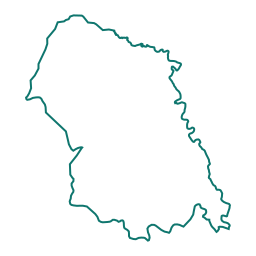 the district of Centurión, Cerro Largo, Uruguay
{"feature_id": "84410073B80643779971885", "entity_name": "Centurión", "entity_type": "district", "adm_level": 2, "iso_a3": "URY", "parent_name": "Uruguay", "parent_adm1": "Cerro Largo", "projection": "orthographic", "projection_center": [-53.755, -32.187], "detail": "fine", "context": "isolated", "style": "outline", "palette": "teal", "viewbox_px": 256, "rotation_deg": 0, "n_neighbors": 0, "source": "geoboundaries", "source_scale": "gbopen_adm2", "svg_char_len": 5849}
<svg xmlns="http://www.w3.org/2000/svg" viewBox="0 0 256 256"><path d="M228.7,229.0L228.9,227.5L229.0,227.0L229.6,226.0L229.7,225.6L229.6,225.1L229.3,224.6L227.8,223.2L225.8,222.5L224.1,222.2L222.4,221.1L221.7,220.2L221.4,219.2L221.4,218.5L221.6,216.3L221.7,216.0L222.4,215.6L223.1,215.5L223.7,215.6L226.2,216.3L226.7,216.3L227.1,216.0L227.4,214.4L229.4,208.5L229.6,207.4L229.6,206.6L229.9,205.6L229.9,205.3L229.8,205.1L229.6,204.6L229.1,204.0L228.4,203.7L226.3,203.1L223.9,202.0L222.3,200.8L221.3,199.5L221.2,198.9L221.7,197.5L221.9,196.6L222.1,194.2L222.2,193.6L222.1,193.2L221.3,191.6L220.9,190.9L220.4,190.2L219.6,189.9L218.7,189.7L217.1,189.8L216.7,189.6L216.0,188.4L215.7,187.1L215.3,186.3L214.8,185.8L214.0,185.4L213.3,184.9L212.8,184.1L212.2,183.1L211.6,181.7L210.8,180.3L210.5,179.3L209.7,178.6L209.1,178.2L208.8,177.5L209.2,175.6L209.7,174.3L209.6,173.4L209.2,172.3L208.8,169.7L208.3,168.7L208.1,167.4L208.0,166.4L208.4,165.5L209.2,164.8L209.9,163.9L209.7,163.2L209.2,162.0L209.0,160.7L208.9,159.8L207.8,157.5L206.3,154.6L204.7,150.7L204.1,150.1L203.4,149.6L202.8,149.3L202.0,148.8L201.6,147.9L200.8,146.9L200.0,146.3L199.4,145.2L199.2,144.3L199.3,143.6L200.3,142.5L200.3,142.3L200.2,141.7L199.6,140.5L199.1,139.8L198.7,139.6L198.3,139.4L196.6,139.6L195.5,140.1L195.0,140.6L194.2,141.8L193.8,141.9L193.5,141.9L193.0,141.6L192.4,141.0L191.6,140.0L189.3,136.5L189.0,135.8L189.0,134.8L189.6,133.9L190.5,133.4L191.6,133.2L192.6,132.5L193.3,131.9L193.9,131.0L194.1,130.2L194.2,129.3L194.1,128.7L193.7,128.1L192.7,127.6L191.9,127.7L191.3,128.2L190.5,128.6L189.5,128.9L188.3,128.8L187.4,128.2L187.1,127.1L187.1,124.6L187.3,123.5L187.6,122.6L188.2,121.6L188.2,121.3L188.1,120.9L187.9,120.5L187.3,119.9L186.9,119.8L186.4,119.7L185.4,119.7L184.4,119.7L183.6,119.5L182.6,119.1L182.0,118.7L181.8,118.2L181.7,117.7L181.7,116.7L182.1,115.2L182.6,114.2L183.0,113.6L183.6,113.0L184.2,112.3L184.5,111.7L184.6,109.9L185.2,107.7L185.4,106.4L185.4,104.3L185.3,103.8L184.7,103.2L184.2,103.0L182.0,102.3L181.4,102.4L180.1,103.0L179.2,103.3L178.3,103.6L177.4,103.7L176.8,103.4L176.5,103.0L176.0,103.0L175.2,103.2L174.9,102.5L174.9,102.1L175.1,101.6L177.0,100.3L178.3,99.7L180.0,99.0L180.4,98.5L180.6,98.0L180.6,96.1L180.5,95.0L180.3,94.1L179.8,93.1L179.3,92.1L178.6,91.2L177.5,90.3L176.3,89.1L175.5,87.5L174.4,86.2L174.0,85.4L173.7,84.2L172.9,83.3L172.0,81.4L169.8,78.6L169.5,78.0L169.5,77.3L169.7,76.8L171.6,75.4L172.0,74.5L173.5,70.9L173.4,70.6L172.7,70.0L172.0,69.6L171.7,69.0L171.7,68.3L171.8,67.1L172.0,66.7L172.4,66.6L173.0,66.6L175.3,68.6L176.4,70.3L176.9,70.5L177.4,70.3L178.8,68.7L179.7,67.0L181.0,64.8L180.8,63.7L180.6,63.5L179.3,63.0L177.1,62.4L176.5,61.8L176.0,61.6L174.8,61.2L173.6,61.0L170.6,60.9L169.4,60.7L169.0,60.5L168.5,59.9L168.1,58.8L167.9,57.3L168.1,56.1L167.8,54.9L168.5,52.4L168.6,51.8L168.5,51.5L168.4,51.2L167.9,50.8L167.3,50.7L166.5,51.0L165.6,51.5L164.9,51.7L163.6,51.8L163.3,51.6L162.7,50.9L162.6,50.3L162.7,49.9L162.6,49.7L162.4,49.6L161.8,49.6L161.1,49.8L160.4,50.2L159.6,51.1L159.2,51.5L158.0,51.8L157.1,51.8L155.8,51.1L154.8,50.0L154.5,48.8L154.5,48.1L154.2,47.4L152.1,47.0L150.8,46.9L149.7,46.6L148.2,45.8L147.7,45.4L147.4,45.1L147.0,45.1L146.8,45.5L146.8,46.3L146.3,46.6L145.7,46.7L144.5,46.4L144.2,46.1L143.8,45.9L143.2,45.9L143.0,46.3L142.6,46.6L142.0,46.5L141.6,46.2L141.3,45.8L141.4,45.3L142.1,44.6L142.3,44.5L142.5,44.3L142.4,44.0L141.3,43.7L140.8,43.9L140.3,44.2L139.8,44.5L136.4,45.4L135.1,46.0L133.1,45.7L132.1,45.4L131.4,44.9L131.2,44.2L131.0,43.6L130.4,42.7L130.0,42.4L129.2,42.2L128.6,41.9L128.3,41.3L128.2,40.9L127.9,40.4L127.3,40.1L127.2,39.3L127.5,38.8L127.7,38.2L127.3,37.6L126.6,37.5L125.9,37.8L125.2,37.9L124.6,37.8L124.1,37.6L123.5,37.7L122.6,38.0L122.5,37.7L121.9,37.6L121.4,37.6L121.3,37.9L120.7,38.0L119.7,37.9L118.9,37.2L117.7,35.2L116.9,35.0L116.0,34.9L115.9,34.6L116.1,34.4L116.2,34.1L116.0,33.9L115.6,33.9L115.3,33.8L115.1,33.5L115.1,33.2L115.3,32.9L114.2,31.6L114.5,31.3L114.3,30.6L108.9,29.5L102.8,30.1L96.2,24.3L94.1,23.1L88.0,22.5L83.3,16.6L81.8,15.6L73.5,15.4L70.2,16.5L68.6,19.2L65.9,20.0L64.0,21.4L57.7,22.3L55.1,29.0L47.2,38.5L47.3,43.8L45.4,49.5L38.5,64.0L38.5,68.6L34.8,75.5L30.6,80.4L31.1,88.2L29.1,93.4L27.2,96.6L26.1,97.5L26.3,98.9L27.2,99.8L30.0,99.3L32.9,97.9L36.1,97.4L38.3,97.3L39.8,97.5L41.3,98.7L42.5,101.1L44.9,104.5L45.6,107.1L45.9,112.5L65.9,131.4L67.6,138.6L68.9,144.3L71.4,149.1L73.3,150.7L75.6,149.2L78.0,148.0L80.2,147.4L81.8,147.3L82.2,147.5L81.4,148.5L76.8,155.5L69.9,164.2L70.3,174.7L72.4,177.8L73.5,178.9L73.4,181.2L71.6,183.5L71.6,185.6L72.5,188.1L73.5,190.2L73.3,191.9L72.0,193.8L71.0,195.8L70.7,198.7L70.0,200.3L69.7,201.4L70.2,203.8L71.4,204.9L73.5,205.4L76.7,205.8L82.7,205.7L86.9,206.5L95.3,214.0L97.4,216.8L98.9,220.7L100.7,221.8L101.8,222.1L102.8,222.3L107.2,222.0L109.7,221.7L110.8,221.3L111.7,220.6L112.8,219.8L114.4,219.8L116.0,220.3L117.2,220.7L118.5,221.8L119.8,221.4L121.1,220.5L122.6,220.4L123.4,221.2L123.8,223.0L123.9,225.7L124.2,227.7L125.1,228.6L127.3,229.9L128.8,231.4L129.0,233.7L129.0,236.1L129.9,237.9L133.4,239.0L135.8,239.2L138.6,237.9L141.2,237.6L143.4,237.7L144.7,237.9L146.7,239.5L147.9,240.6L148.9,240.2L149.6,237.7L149.3,235.6L148.0,232.3L147.4,228.6L148.7,226.5L151.6,224.8L154.2,224.9L155.7,225.6L161.3,229.9L164.5,231.6L167.6,232.3L169.0,232.8L170.2,231.4L171.6,227.5L173.2,225.3L174.6,224.5L177.2,224.4L179.6,224.9L182.0,226.0L183.5,226.6L190.4,219.3L193.2,214.6L193.9,210.7L194.8,206.4L195.7,205.4L196.8,204.7L198.3,204.2L199.6,204.4L199.8,204.8L200.5,206.1L200.6,207.1L201.2,207.9L202.5,208.5L204.2,209.0L205.4,209.6L206.0,210.2L206.2,211.8L206.1,212.7L205.5,213.8L204.7,214.6L203.2,215.5L203.0,216.8L204.6,217.7L206.6,219.5L209.3,219.7L209.3,220.9L211.3,225.6L212.3,227.0L214.6,229.3L215.7,230.9L216.5,231.9L217.5,231.2L218.9,229.1L218.7,227.1L219.7,226.7L222.7,226.9L228.7,229.0Z" fill="none" stroke="#0f766e" stroke-width="2"/></svg>